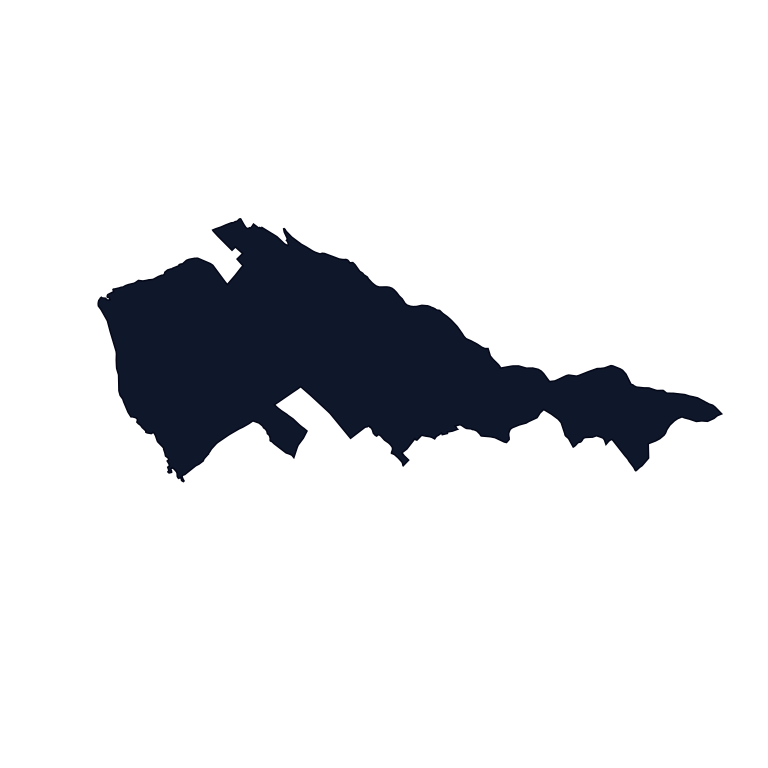 outline of Solovastru, Mures, Romania, rotated 44°
{"feature_id": "2599482B7590824952903", "entity_name": "Solovastru", "entity_type": "district", "adm_level": 2, "iso_a3": "ROU", "parent_name": "Romania", "parent_adm1": "Mures", "projection": "equal_earth", "projection_center": [24.78, 46.783], "detail": "fine", "context": "isolated", "style": "filled", "palette": "ink", "viewbox_px": 768, "rotation_deg": 44, "n_neighbors": 0, "source": "geoboundaries", "source_scale": "gbopen_adm2", "svg_char_len": 6170}
<svg xmlns="http://www.w3.org/2000/svg" viewBox="0 0 768 768"><g transform="rotate(44 384 384)"><path d="M307.5,592.6L306.0,592.2L303.2,591.0L302.7,590.0L302.8,589.0L303.6,587.6L305.4,573.6L306.6,570.1L307.4,564.8L306.8,563.7L306.5,562.0L306.3,556.9L306.4,556.2L305.9,555.5L305.6,553.2L305.0,550.7L304.8,543.3L305.0,541.5L307.7,528.3L310.8,517.3L312.4,513.1L314.4,506.2L315.3,501.6L321.2,498.9L324.6,498.6L326.4,498.6L327.5,499.1L328.4,499.1L330.1,498.8L332.5,499.3L334.6,500.7L336.8,500.6L338.0,501.0L340.1,502.3L341.0,503.5L341.9,503.9L343.3,503.3L346.4,503.3L361.4,501.6L364.8,500.0L367.2,499.2L370.3,499.6L365.6,489.9L364.7,487.6L363.6,479.0L361.3,471.3L356.7,471.6L356.2,471.8L351.8,472.2L342.8,472.3L336.5,473.3L335.4,473.3L328.9,474.5L324.1,475.0L319.6,475.1L324.2,452.5L325.2,447.9L325.9,443.8L339.0,443.1L362.1,442.6L365.6,442.6L397.7,446.3L400.4,428.2L401.8,426.2L402.2,424.8L402.4,424.6L403.5,424.5L404.0,424.9L404.6,424.6L405.9,424.6L407.5,425.1L410.5,426.8L413.3,427.0L414.9,426.6L415.1,424.6L415.5,424.1L416.2,423.8L418.1,423.6L423.3,424.0L428.2,423.2L430.8,423.2L433.3,423.6L434.4,424.0L435.8,425.5L436.8,427.7L437.3,428.5L437.6,428.7L438.0,428.1L439.0,428.1L440.4,427.5L445.5,427.3L451.2,427.7L452.8,428.4L453.9,429.3L454.6,429.5L454.6,421.6L446.6,421.6L446.7,421.3L444.7,421.1L445.6,414.9L444.2,401.9L446.0,402.0L446.7,401.4L446.7,394.7L450.1,392.6L453.6,390.1L455.6,389.1L458.6,388.3L458.2,386.2L458.2,384.5L458.3,384.5L458.8,382.7L459.4,379.3L461.1,380.0L464.0,375.5L463.0,374.5L466.0,370.3L468.4,365.4L467.8,365.5L466.2,365.0L464.3,365.0L464.8,364.0L467.0,360.4L469.0,359.8L472.2,359.3L474.2,358.7L477.9,355.7L479.2,355.4L480.4,354.4L483.4,353.3L487.7,353.4L489.5,353.9L490.2,353.7L497.2,348.0L501.1,345.5L510.8,342.2L512.8,341.0L512.6,337.0L511.4,335.8L509.5,334.4L508.0,332.9L506.9,330.6L506.3,328.9L506.7,326.3L509.7,319.5L513.4,313.3L514.2,310.4L517.5,301.9L516.4,296.5L516.6,291.4L525.3,289.4L533.7,288.3L538.2,288.7L548.3,294.0L549.6,294.9L550.7,295.2L554.6,295.0L563.9,297.9L564.3,296.4L564.4,294.9L564.3,291.7L564.6,290.8L565.5,289.6L565.8,288.7L565.7,287.1L565.2,284.8L565.4,283.9L566.1,282.5L571.0,277.3L572.8,273.6L577.5,271.4L579.5,270.7L581.6,271.2L585.7,273.3L585.4,269.0L585.8,266.8L586.7,265.4L606.9,268.2L611.4,268.6L613.8,269.3L621.6,270.5L624.7,271.6L625.4,271.5L625.6,270.8L625.8,266.5L626.4,263.5L625.8,253.5L615.6,243.4L618.9,236.3L620.4,231.8L621.0,226.3L620.6,223.7L619.2,220.4L618.2,215.0L618.5,208.7L619.3,204.9L621.2,200.6L623.5,199.7L628.3,197.0L634.7,194.0L638.2,189.8L642.7,186.1L645.3,179.5L645.8,175.2L647.7,170.9L638.4,170.6L635.2,170.9L631.7,172.6L619.3,176.1L615.2,178.5L612.1,180.5L607.8,182.6L598.7,189.6L594.3,193.7L593.3,194.3L589.5,194.6L588.6,195.3L585.4,198.6L584.2,199.5L577.3,202.8L573.9,206.0L567.8,210.8L564.9,211.7L563.7,211.7L561.9,212.6L551.2,208.8L546.1,208.4L543.5,209.0L536.1,212.0L534.5,213.1L531.4,219.4L528.9,222.5L526.6,224.8L522.4,233.3L518.1,242.8L517.0,244.6L510.6,249.3L509.4,251.2L504.8,263.1L501.5,267.1L500.2,267.1L491.6,265.6L488.2,265.5L484.8,266.3L479.9,269.2L475.4,273.7L468.4,277.4L463.9,281.8L456.7,291.7L455.5,291.0L453.1,290.6L445.3,290.5L441.0,290.0L434.2,286.2L432.0,288.4L428.8,289.6L423.6,290.5L416.6,292.5L411.5,294.4L408.3,294.2L405.6,293.5L396.7,291.8L388.4,291.4L382.8,291.6L377.4,292.4L372.9,292.4L371.1,293.8L369.9,294.4L368.8,294.4L366.8,295.0L364.1,296.2L363.7,296.2L361.1,297.4L356.6,301.1L353.6,305.6L351.3,308.0L349.2,309.6L345.8,311.2L343.2,311.4L338.0,310.1L333.9,310.1L329.4,309.4L325.6,309.3L323.2,309.6L320.7,310.7L318.6,312.2L313.3,317.5L310.4,318.9L307.9,319.3L305.0,319.5L299.8,319.2L297.7,318.6L293.6,319.4L291.6,319.1L288.3,319.8L280.2,318.3L277.2,318.3L275.1,320.7L274.0,320.3L272.1,320.1L270.9,320.4L269.9,321.0L269.3,321.8L267.5,323.4L264.9,325.2L250.6,331.4L248.8,332.8L248.2,333.8L247.9,334.6L247.2,335.1L242.8,337.1L240.2,337.9L232.7,339.5L227.5,340.9L215.6,342.4L207.4,342.1L205.4,341.5L204.2,341.6L204.0,342.1L206.7,344.0L213.0,346.4L213.9,347.3L214.1,348.6L215.5,348.5L217.3,349.4L218.3,350.4L218.5,351.4L215.1,352.3L204.7,352.4L187.4,356.2L187.7,357.3L185.9,357.7L185.7,358.8L179.0,359.6L179.5,361.8L179.7,364.6L178.6,365.1L178.6,365.8L178.1,366.6L177.2,367.3L175.9,367.4L172.3,366.6L166.3,364.8L165.7,365.1L165.3,366.2L165.3,368.8L164.1,370.7L163.6,372.6L162.5,373.7L162.1,374.3L159.7,379.4L157.7,384.3L155.1,389.3L153.8,392.3L155.0,392.6L161.6,393.0L181.8,393.4L181.9,388.7L191.7,388.3L191.5,396.2L200.4,396.9L200.5,400.0L201.5,409.3L202.2,421.3L198.8,420.9L178.4,417.5L175.5,418.0L162.6,422.9L160.3,425.3L157.2,429.7L156.0,432.2L155.6,437.7L155.2,438.4L154.8,438.4L153.8,440.2L153.8,440.9L154.3,441.4L151.4,447.9L151.6,448.7L150.8,449.2L149.1,452.3L148.7,455.9L149.5,457.0L149.7,458.9L149.5,459.4L148.9,459.7L148.4,460.4L147.0,463.5L145.5,468.4L144.9,469.6L142.4,472.5L141.4,474.1L139.0,477.4L135.4,480.1L134.7,483.8L134.2,485.2L131.1,490.0L129.7,492.8L128.8,495.8L127.7,497.0L126.8,498.8L124.2,502.8L123.4,503.7L123.4,504.3L123.6,504.5L125.1,505.1L125.3,505.5L123.2,511.5L123.4,512.3L124.1,513.4L124.5,513.7L125.0,513.7L125.8,512.8L126.3,512.8L128.3,513.7L127.3,515.3L126.5,515.8L124.0,515.8L122.0,517.5L121.1,518.0L120.4,518.0L120.3,519.3L120.7,520.9L120.7,521.9L121.7,523.6L122.7,524.9L124.3,526.3L128.7,527.0L141.1,530.7L150.7,536.5L168.8,546.7L170.6,548.2L174.6,552.6L179.4,557.2L181.0,558.6L186.7,561.8L198.1,573.1L202.1,575.5L206.6,576.3L209.0,577.6L219.5,582.1L224.8,583.4L225.8,582.4L228.8,580.7L231.4,580.7L232.7,583.1L234.9,583.2L237.6,582.8L240.3,583.3L244.0,583.2L245.4,583.3L246.0,584.1L246.4,584.1L247.6,583.7L251.1,581.3L251.3,580.6L251.3,579.2L253.1,579.1L255.7,580.0L260.5,582.5L261.7,582.8L268.5,583.0L269.9,583.2L270.2,583.4L270.8,584.0L274.1,585.7L276.9,587.6L279.9,587.2L281.5,587.8L281.8,588.5L281.5,589.6L281.5,590.0L284.7,590.8L286.0,591.6L286.5,592.2L286.2,594.1L289.4,595.7L289.5,596.1L289.4,597.1L289.7,597.4L291.2,597.3L292.6,595.1L292.5,594.9L291.3,594.0L289.9,593.5L289.6,593.0L289.8,591.7L291.0,591.1L291.9,591.0L295.7,591.3L297.2,592.0L299.5,594.1L301.0,594.6L301.9,594.5L302.4,592.7L304.1,593.1L305.3,594.0L306.0,594.0L307.5,593.6L307.5,592.6Z" fill="#0f172a" stroke="#020617" stroke-width="1.5"/></g></svg>